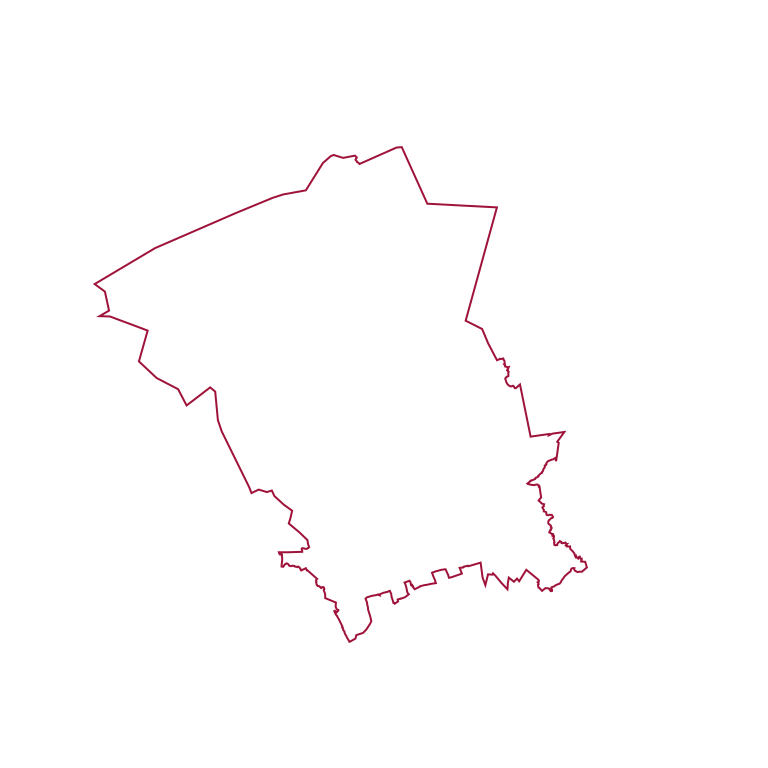 Atoyac de Álvarez, Guerrero, Mexico, rotated 316°
{"feature_id": "50627088B21593643205085", "entity_name": "Atoyac de Álvarez", "entity_type": "district", "adm_level": 2, "iso_a3": "MEX", "parent_name": "Mexico", "parent_adm1": "Guerrero", "projection": "robinson", "projection_center": [-100.398, 17.312], "detail": "fine", "context": "isolated", "style": "outline", "palette": "rose", "viewbox_px": 768, "rotation_deg": 316, "n_neighbors": 0, "source": "geoboundaries", "source_scale": "gbopen_adm2", "svg_char_len": 6166}
<svg xmlns="http://www.w3.org/2000/svg" viewBox="0 0 768 768"><g transform="rotate(316 384 384)"><path d="M506.8,184.2L504.0,183.1L493.6,182.6L462.3,190.4L443.3,177.7L433.1,172.7L396.2,158.1L313.7,127.2L245.3,111.1L247.4,123.7L237.2,140.2L226.5,137.6L233.8,145.1L251.1,181.4L223.4,197.5L224.6,221.8L232.3,244.7L227.1,262.3L256.6,265.7L257.3,272.2L239.4,294.6L234.3,305.5L215.4,364.4L212.9,370.4L220.5,372.9L224.7,380.4L229.3,382.7L227.3,388.5L228.1,401.2L229.9,411.3L224.0,415.2L218.6,418.2L220.1,432.0L220.5,443.1L218.2,446.3L216.8,449.4L216.2,449.4L213.9,448.9L213.3,448.4L211.3,445.4L210.9,445.2L210.4,445.3L210.0,445.7L209.4,447.0L208.6,447.9L198.0,438.3L191.5,432.0L190.8,433.4L190.7,434.3L191.0,434.7L192.1,435.0L192.2,435.5L192.0,436.0L190.8,437.1L190.2,438.1L188.6,439.8L184.4,443.3L183.5,444.2L184.6,445.5L187.3,444.8L187.6,445.1L189.3,445.3L189.8,446.5L190.0,447.4L189.8,448.1L189.6,448.4L189.9,449.5L190.5,450.4L192.1,451.2L192.5,452.0L193.1,452.6L193.0,453.1L193.1,453.6L193.7,454.1L194.4,455.4L194.8,455.4L195.5,455.8L195.7,457.5L195.5,458.1L195.6,458.7L194.9,460.0L194.9,460.6L199.8,462.2L199.0,464.5L199.5,464.8L200.5,477.8L199.2,477.8L198.3,478.5L198.1,479.2L197.5,479.4L197.4,479.9L196.6,480.7L196.1,481.8L196.2,482.1L196.0,482.6L196.0,483.3L196.6,483.8L197.1,485.1L196.9,486.2L197.0,487.0L197.3,487.2L198.4,487.1L198.7,487.3L198.8,487.8L199.3,488.1L199.4,488.6L198.9,489.8L198.6,490.1L197.5,490.3L196.2,493.3L195.4,494.6L193.0,497.2L197.6,507.8L194.5,510.6L193.4,513.4L194.1,514.7L193.9,514.8L193.7,515.3L191.1,515.4L190.9,514.9L191.1,514.5L190.9,513.7L191.1,513.3L191.0,512.9L190.5,512.8L189.3,516.1L189.0,518.0L189.1,518.4L188.9,518.7L188.0,522.2L185.6,529.6L184.9,529.8L184.7,530.2L184.9,531.1L184.7,531.5L183.8,532.7L183.6,533.3L183.7,534.5L183.0,535.3L182.7,535.9L182.0,538.0L182.0,538.7L181.1,541.1L180.3,545.2L180.1,545.3L180.2,545.6L186.6,547.3L189.4,545.5L189.6,545.4L196.0,548.5L201.0,548.3L207.5,546.8L210.1,545.8L212.5,541.9L215.8,535.3L217.2,533.6L218.9,530.7L219.9,529.6L221.6,525.6L223.4,525.6L227.1,527.4L230.2,529.3L231.2,530.1L233.4,531.2L233.7,531.4L233.5,532.0L234.1,533.1L234.5,532.2L238.6,533.8L242.2,536.0L243.3,536.3L244.5,536.8L243.3,540.1L241.5,542.5L239.9,545.9L238.7,548.1L239.0,548.3L239.6,548.9L239.3,549.5L243.1,550.2L243.9,548.6L244.0,548.5L246.8,549.8L246.8,550.1L251.1,552.0L255.8,552.5L255.8,551.1L256.1,550.0L259.0,545.4L260.4,542.6L260.9,541.1L265.7,543.3L265.3,545.1L264.0,547.0L263.8,547.4L264.7,547.8L264.4,549.3L263.9,549.0L263.5,552.9L269.4,554.8L269.6,554.6L273.6,556.9L274.7,557.8L279.7,560.9L283.0,563.3L284.4,560.5L286.2,555.8L287.5,553.1L291.1,554.7L296.3,557.6L299.1,559.6L299.6,560.2L299.2,561.0L297.5,565.9L296.1,568.5L297.3,569.3L299.2,570.3L308.3,574.5L310.7,568.8L313.3,570.8L313.4,570.6L314.7,571.2L314.9,571.0L318.1,573.0L317.9,573.5L319.0,574.2L329.4,579.6L320.4,591.8L317.2,599.1L326.6,593.2L329.6,596.5L330.9,595.9L331.0,599.1L330.3,608.7L330.2,617.4L332.9,615.1L334.3,613.6L339.3,610.0L340.1,616.5L344.5,616.4L344.2,619.8L357.3,616.5L359.1,632.0L358.8,633.1L358.0,633.7L357.3,633.3L356.8,633.3L356.6,634.5L356.3,635.4L356.0,635.5L355.1,635.5L353.7,637.8L354.1,638.6L354.0,642.6L358.3,643.0L360.0,644.8L360.6,645.8L360.6,646.4L360.1,648.1L360.1,648.8L360.4,649.2L361.0,649.6L361.8,649.1L362.5,647.1L363.1,646.6L365.6,647.7L368.2,648.1L371.6,649.6L373.8,649.4L374.9,648.8L380.9,647.8L386.7,648.1L387.9,648.4L390.0,647.2L390.8,647.1L392.3,647.8L392.9,648.7L392.3,648.8L391.6,650.8L392.5,653.6L394.7,655.2L395.9,656.5L402.5,656.9L405.2,651.7L402.5,648.6L403.5,647.8L404.1,647.8L404.9,646.9L404.2,646.2L404.5,644.7L404.8,644.5L404.9,644.1L403.8,643.8L402.5,644.6L402.2,643.8L402.2,642.5L402.7,641.2L401.7,641.5L402.2,639.8L403.2,638.4L403.5,635.9L403.5,632.1L403.9,631.3L405.0,630.1L404.3,629.6L402.6,627.7L403.2,627.3L402.8,626.3L404.3,626.2L403.9,625.9L404.3,625.0L404.4,624.1L403.5,623.7L401.8,622.6L401.2,621.7L401.9,620.8L401.6,620.2L401.4,619.2L400.5,619.4L399.2,619.2L397.4,619.6L396.7,620.2L395.8,619.3L395.2,619.1L394.8,618.2L396.1,616.3L396.6,616.3L397.5,615.0L398.6,613.0L398.5,612.8L398.8,612.6L399.3,612.6L400.7,611.5L400.9,610.1L399.8,610.1L400.2,609.4L400.7,609.6L401.3,609.4L400.4,607.6L399.8,605.6L400.4,605.1L402.2,605.0L402.3,604.6L402.8,604.6L402.8,604.4L404.6,604.1L404.9,603.3L404.7,602.6L405.5,602.0L405.7,601.4L405.3,599.3L405.4,598.4L405.9,597.7L407.6,596.6L408.4,596.6L409.0,596.8L410.4,596.6L411.6,596.9L412.1,597.3L413.2,597.2L413.8,594.7L412.1,593.0L411.5,592.8L410.9,592.3L410.3,591.7L410.1,591.2L410.4,590.5L411.6,588.9L410.8,586.9L410.5,586.6L411.6,585.5L411.8,584.0L412.2,582.8L412.7,582.6L414.0,583.0L414.7,582.1L415.6,581.7L414.4,579.5L414.5,577.2L414.2,575.3L415.6,575.0L418.2,574.8L424.1,566.5L423.8,566.5L424.1,565.1L424.9,564.8L424.9,564.1L424.5,562.9L424.2,562.5L421.3,560.6L419.1,557.7L417.9,555.4L417.9,555.2L419.5,555.5L420.7,555.4L420.9,555.6L422.1,555.4L422.8,555.9L423.1,555.7L423.5,556.1L426.4,557.2L426.8,557.3L427.2,556.9L428.2,556.9L428.5,557.2L430.7,557.8L431.2,557.6L431.3,557.2L434.4,557.2L435.4,557.4L436.0,557.2L436.2,557.5L436.5,557.2L438.2,556.9L438.6,556.5L439.6,556.1L440.1,555.7L441.3,555.8L442.1,555.4L443.0,554.3L444.6,554.8L445.0,554.6L445.1,554.1L446.2,553.7L446.8,553.5L448.6,553.5L452.3,555.0L453.3,555.7L455.9,556.2L454.2,559.1L468.8,547.7L468.5,545.9L480.4,543.8L470.8,536.8L466.9,535.4L468.1,534.7L452.9,523.7L481.5,478.8L476.2,478.6L475.3,478.0L475.2,477.8L475.7,475.9L475.6,474.9L475.0,474.6L473.9,474.2L473.1,473.1L472.7,471.4L472.8,469.3L473.1,468.1L474.8,464.6L475.2,464.2L476.2,464.0L476.7,464.3L477.5,464.1L479.0,464.7L479.7,464.1L480.8,462.5L482.2,461.8L482.1,461.1L482.4,460.7L482.0,460.1L482.0,459.7L483.1,459.1L483.9,459.3L484.3,458.9L485.4,458.5L485.0,458.3L483.3,455.5L484.1,454.7L484.0,453.8L484.1,453.2L484.8,453.5L486.8,450.9L486.9,449.4L487.5,448.5L486.2,447.8L485.4,446.9L485.3,447.1L484.4,446.5L483.5,446.0L481.8,445.4L487.2,427.0L492.8,412.6L486.7,395.2L587.9,335.4L540.4,284.4L561.3,226.0L557.3,222.6L519.2,208.7L519.3,207.2L518.8,205.5L519.1,205.0L519.3,202.9L519.9,202.6L521.6,202.3L521.9,201.9L521.7,200.3L521.7,199.5L511.7,193.0L506.8,184.2Z" fill="none" stroke="#9f1239" stroke-width="2"/></g></svg>